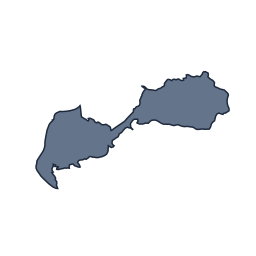 the district of Iranduba, Amazonas, Brazil, rotated 132°
{"feature_id": "56859067B47671113990727", "entity_name": "Iranduba", "entity_type": "district", "adm_level": 2, "iso_a3": "BRA", "parent_name": "Brazil", "parent_adm1": "Amazonas", "projection": "equal_earth", "projection_center": [-60.435, -3.087], "detail": "fine", "context": "isolated", "style": "filled", "palette": "slate", "viewbox_px": 256, "rotation_deg": 132, "n_neighbors": 0, "source": "geoboundaries", "source_scale": "gbopen_adm2", "svg_char_len": 4672}
<svg xmlns="http://www.w3.org/2000/svg" viewBox="0 0 256 256"><g transform="rotate(132 128 128)"><path d="M220.0,139.8L219.1,141.5L218.2,143.1L217.0,143.7L215.5,145.2L215.1,147.4L213.7,148.3L213.3,149.3L212.9,150.5L212.6,152.7L212.1,154.8L210.8,154.1L210.3,156.0L209.1,157.3L207.6,157.7L206.3,158.1L205.7,158.6L205.0,159.3L204.7,158.7L204.0,157.1L205.5,156.7L204.0,154.7L203.6,154.0L204.3,153.5L204.7,153.7L205.4,154.0L206.4,153.4L205.4,151.8L203.7,150.8L202.5,149.9L201.4,149.0L200.0,148.3L199.2,147.0L198.0,146.1L197.1,144.7L196.0,145.9L194.8,146.8L193.5,146.2L192.1,145.3L191.5,144.5L191.8,142.9L191.6,142.0L191.0,140.7L190.5,139.2L189.8,138.2L189.3,137.5L188.6,138.0L188.0,139.4L187.6,140.9L187.4,142.4L186.7,142.7L185.4,142.7L184.7,142.7L184.1,142.2L183.5,141.9L182.5,140.8L181.2,140.0L179.9,139.7L179.3,138.2L176.6,137.5L175.1,137.5L174.0,136.5L173.4,134.8L172.3,133.7L171.5,132.1L170.5,131.0L169.4,129.9L168.1,129.3L167.1,128.3L165.7,127.7L164.5,127.1L163.2,126.7L162.6,126.6L161.8,126.4L159.1,127.1L157.8,127.9L156.8,128.9L155.5,129.7L154.3,130.8L153.7,127.4L151.9,126.4L150.5,126.4L150.6,128.2L150.0,129.8L148.6,130.7L147.7,131.3L146.4,130.9L145.5,130.7L144.0,130.4L142.6,130.0L141.2,129.5L139.7,129.9L138.5,130.6L137.1,130.2L135.8,129.8L134.3,129.8L132.9,130.0L131.6,129.9L130.2,130.0L128.9,129.5L127.7,128.9L127.2,127.3L126.1,125.9L126.2,125.1L126.1,124.1L126.1,123.0L125.8,123.6L125.8,124.7L125.6,125.6L125.7,126.4L124.6,127.5L123.6,128.8L122.2,129.3L120.9,129.4L119.6,129.6L117.4,129.3L116.3,128.1L115.1,126.8L115.9,125.3L118.2,124.8L117.5,122.3L116.4,121.1L115.4,119.9L114.2,119.1L112.9,118.4L111.8,117.3L110.7,116.0L109.4,116.1L108.0,116.0L106.6,115.6L105.4,114.7L104.3,113.6L103.3,112.0L102.9,110.1L102.1,105.9L101.2,103.9L100.0,102.6L98.9,101.2L97.7,100.0L96.5,97.4L95.4,95.4L94.1,94.6L92.2,93.2L90.9,89.9L90.1,88.2L88.8,86.5L87.4,85.4L85.2,82.1L83.8,80.1L83.5,77.9L83.1,76.1L81.1,73.9L79.7,72.8L78.7,71.7L77.7,70.3L74.4,66.8L72.1,67.3L71.3,67.7L68.9,68.8L66.6,68.9L64.8,68.5L60.5,70.8L58.0,71.3L56.2,70.5L54.4,66.6L52.8,66.6L51.6,65.5L49.0,64.8L47.5,64.5L45.9,66.0L44.8,68.4L44.2,69.4L43.6,70.3L42.6,71.5L41.2,72.8L39.7,73.9L37.9,74.7L36.4,75.4L35.5,76.8L35.3,81.7L36.4,83.9L37.3,85.3L38.0,87.9L38.6,89.5L39.2,91.3L38.8,92.0L38.4,92.7L36.3,94.2L35.9,96.8L36.6,100.0L36.5,102.8L34.7,103.9L33.6,105.2L34.3,108.1L35.4,109.3L36.8,109.5L38.2,108.9L39.9,108.8L41.6,108.7L42.5,110.1L43.3,111.7L44.6,112.3L45.8,113.1L46.7,114.4L47.5,115.9L47.7,117.6L48.3,119.3L49.5,120.2L50.6,119.1L51.9,118.3L54.2,120.1L55.1,118.7L56.5,119.4L57.4,121.0L57.6,123.0L58.8,124.1L59.5,124.2L60.2,125.0L60.5,125.8L60.9,126.4L61.5,126.9L62.5,127.2L63.5,127.2L63.7,128.0L64.1,129.3L64.6,130.2L65.2,130.9L66.3,131.1L67.3,131.0L68.4,130.9L69.3,130.9L70.7,130.6L71.8,129.5L73.2,129.4L74.6,130.1L76.0,130.2L77.2,130.8L78.4,131.5L79.7,132.0L81.0,132.1L82.2,133.2L83.0,134.7L83.9,136.0L85.0,137.4L85.9,138.7L86.4,140.4L86.2,141.3L86.2,142.3L86.3,143.6L86.6,144.4L87.0,145.0L87.6,145.6L87.8,144.9L87.3,143.7L87.6,143.1L87.2,142.2L87.2,141.4L87.9,141.0L89.4,141.0L90.8,140.8L92.2,140.5L93.6,140.0L94.9,139.2L96.2,139.0L97.5,138.4L98.8,138.1L100.0,137.4L101.1,136.0L102.3,135.2L103.6,134.7L105.0,135.0L106.3,135.8L107.7,136.0L109.0,135.7L110.1,136.6L110.6,136.3L111.4,135.6L112.6,134.8L118.1,135.0L121.5,135.1L125.4,135.0L135.4,137.5L140.0,138.5L140.6,138.6L141.2,138.9L140.7,139.7L139.9,140.7L139.5,141.3L139.2,142.0L139.2,142.9L139.5,143.9L139.6,145.0L139.9,146.6L140.3,147.2L141.1,147.6L141.8,148.1L142.2,148.6L142.5,149.1L142.9,149.6L143.2,150.3L143.1,151.1L143.2,152.0L143.3,153.3L143.6,154.2L144.2,154.6L144.9,154.5L145.4,155.3L145.6,157.1L145.2,157.9L145.0,158.5L145.0,159.5L145.4,160.2L145.6,161.1L145.8,161.8L146.1,162.7L146.8,163.4L147.5,163.8L147.7,162.9L148.3,162.5L149.2,162.3L149.6,163.1L149.8,164.0L149.7,164.9L149.9,165.6L150.1,166.2L150.3,167.0L150.5,168.0L150.8,170.2L144.3,177.4L143.5,178.6L144.3,178.6L144.9,178.5L146.2,178.8L148.1,179.3L148.9,179.6L150.0,180.1L152.0,181.4L153.6,182.4L155.6,184.0L156.7,184.9L157.5,185.7L158.4,186.5L159.4,187.5L160.4,188.6L160.8,189.2L161.3,189.7L161.9,190.0L164.3,191.1L165.6,191.4L166.4,191.5L168.1,191.0L168.9,190.5L169.5,190.1L171.2,189.0L172.1,189.0L172.6,189.6L173.2,189.1L173.7,188.9L174.8,189.1L175.5,189.1L177.0,189.1L178.0,188.9L179.0,188.6L179.9,188.2L183.8,186.7L185.9,185.4L188.8,183.7L193.2,180.9L195.1,179.4L196.4,178.2L198.6,176.9L200.9,175.9L202.7,175.5L203.6,175.3L204.5,175.2L211.9,174.0L213.5,173.6L215.0,172.4L217.9,170.8L219.5,169.2L220.5,166.9L221.1,164.1L222.0,160.4L222.3,155.9L222.3,154.3L222.4,150.8L222.4,148.9L222.0,144.2L221.0,141.2L220.0,139.8Z" fill="#64748b" stroke="#1e293b" stroke-width="1.5"/></g></svg>